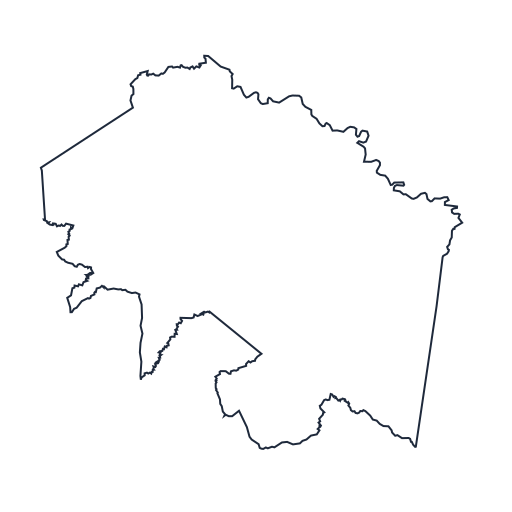 Mambwe, Eastern, Zambia, rotated 85°
{"feature_id": "96606910B40356469041881", "entity_name": "Mambwe", "entity_type": "district", "adm_level": 2, "iso_a3": "ZMB", "parent_name": "Zambia", "parent_adm1": "Eastern", "projection": "orthographic", "projection_center": [32.063, -13.357], "detail": "fine", "context": "isolated", "style": "outline", "palette": "slate", "viewbox_px": 512, "rotation_deg": 85, "n_neighbors": 0, "source": "geoboundaries", "source_scale": "gbopen_adm2", "svg_char_len": 6055}
<svg xmlns="http://www.w3.org/2000/svg" viewBox="0 0 512 512"><g transform="rotate(85 256 256)"><path d="M459.9,113.4L321.8,80.5L273.5,70.2L272.2,69.5L270.4,65.5L268.1,63.7L266.7,63.3L266.0,64.2L263.6,64.8L261.3,62.3L257.3,61.3L254.6,59.4L248.0,58.6L246.1,57.1L246.3,55.9L244.6,55.5L240.8,47.7L235.7,51.0L232.4,49.4L231.5,50.8L231.3,54.9L229.7,56.9L227.0,57.0L225.9,55.0L225.6,51.6L224.2,51.4L221.6,63.4L218.7,63.1L217.1,59.2L214.1,60.3L213.9,63.5L214.9,67.6L214.2,73.1L216.7,76.0L216.8,77.5L214.1,80.2L209.2,80.8L207.8,82.2L208.4,86.2L211.7,90.6L212.8,94.0L212.3,95.8L207.5,101.4L207.5,103.7L204.1,107.1L202.6,113.0L200.2,112.7L198.3,111.5L197.6,109.5L198.8,103.0L198.0,102.2L195.5,102.8L194.9,111.9L196.8,114.0L197.0,115.6L190.5,117.9L187.2,120.3L186.0,125.1L183.5,128.3L181.7,128.3L176.3,124.6L173.8,124.4L172.1,125.5L170.8,128.0L172.2,133.0L171.5,140.2L164.5,137.9L158.3,138.0L156.5,139.3L152.1,145.2L150.6,143.4L152.4,139.2L151.6,136.4L146.0,133.4L141.7,134.4L140.4,139.0L141.4,140.5L145.5,142.8L146.0,144.5L143.9,145.9L138.2,144.9L136.4,147.1L135.5,150.8L136.5,153.6L139.9,158.1L138.0,164.1L137.8,168.8L132.1,171.1L129.7,174.0L130.2,175.1L132.5,176.4L132.5,178.5L129.4,181.3L124.6,183.7L121.4,187.7L119.8,188.5L115.3,188.2L111.7,193.8L108.6,196.2L102.0,197.1L100.1,199.1L99.3,205.7L99.8,209.1L105.2,219.6L103.4,225.5L100.3,227.8L99.5,229.4L101.0,230.6L104.8,231.0L105.2,236.0L104.2,237.9L100.0,240.3L95.1,239.5L93.6,240.3L92.9,241.8L93.3,243.8L96.8,249.5L97.3,251.8L94.3,254.0L86.2,256.7L85.3,259.9L87.3,263.6L86.8,265.2L78.4,264.3L74.6,264.7L72.7,263.4L69.8,266.0L68.1,266.2L64.2,274.7L52.6,286.2L52.0,290.1L53.8,290.2L55.1,289.1L59.1,289.1L59.5,295.7L60.6,295.9L61.3,294.5L63.3,296.0L61.9,298.9L64.0,301.4L61.6,302.7L62.5,305.0L63.9,305.8L62.3,307.9L62.3,309.9L61.2,312.2L59.4,313.5L59.5,314.4L61.7,315.3L60.7,317.7L61.1,322.2L59.9,323.1L60.0,326.8L65.2,331.0L66.4,332.9L65.9,334.4L67.8,337.2L67.3,340.5L65.4,342.5L66.1,344.5L65.7,346.7L66.9,347.6L66.8,348.5L65.8,349.0L62.3,347.8L63.7,355.4L65.3,355.3L65.7,357.7L68.4,358.7L69.3,360.8L74.0,366.0L75.9,365.5L76.5,364.0L78.9,363.6L84.0,364.0L85.4,366.0L90.1,367.5L97.5,365.7L149.3,462.6L152.2,461.9L201.4,463.0L201.1,464.3L201.6,464.2L203.1,461.3L204.5,461.1L204.4,459.3L205.4,460.2L206.7,458.7L207.4,456.2L206.2,455.6L207.0,454.9L206.0,454.4L206.5,452.7L209.1,451.7L208.4,449.7L209.0,448.6L207.7,447.0L209.1,445.9L209.3,444.3L207.2,442.4L209.7,435.3L212.3,436.5L211.4,437.8L213.0,437.9L213.4,439.4L214.7,439.4L215.5,440.8L217.6,440.1L218.0,441.0L219.5,439.9L220.5,441.0L223.4,441.0L223.6,442.4L227.6,442.5L227.9,443.9L229.7,444.0L231.1,445.9L234.6,454.1L238.4,452.9L242.5,449.5L243.0,447.5L244.8,446.5L246.3,443.9L247.8,439.4L250.4,437.5L251.1,435.5L249.2,434.2L248.6,432.4L249.4,430.2L252.1,427.3L252.0,424.7L253.4,424.4L252.4,422.7L253.0,421.3L254.7,421.5L258.8,419.6L259.8,421.6L258.5,422.0L258.4,422.7L259.4,424.4L260.2,423.8L260.1,426.7L261.4,425.3L261.6,426.3L262.7,425.8L262.7,424.9L263.7,424.9L263.7,427.3L265.2,427.7L266.1,426.4L267.0,430.1L270.1,431.6L268.8,434.9L270.7,435.9L269.6,439.3L271.7,439.7L272.1,441.7L279.1,443.7L281.2,447.7L290.7,445.6L295.8,445.7L295.9,444.3L292.8,441.9L291.9,439.2L285.8,433.5L283.3,427.1L283.9,426.1L283.4,424.6L281.4,423.9L280.2,420.3L278.6,420.3L277.7,419.5L278.0,418.7L274.4,417.5L273.9,414.2L272.3,412.1L273.6,410.9L272.9,411.0L273.0,410.1L276.6,406.8L276.0,400.7L277.3,396.1L277.3,393.4L278.4,392.2L278.3,389.0L280.3,387.2L282.1,382.9L281.9,379.2L284.1,375.4L286.3,376.1L294.3,374.2L307.8,374.9L315.4,377.1L323.4,375.9L332.4,378.6L341.9,380.1L351.3,379.4L365.4,381.6L369.2,381.5L367.0,380.6L365.2,377.3L363.2,377.2L362.7,374.8L363.7,373.6L362.9,371.8L364.0,370.6L362.5,370.0L362.5,369.1L360.5,368.8L360.4,367.7L359.7,368.3L358.4,367.5L357.1,367.8L357.8,366.0L356.8,365.3L354.8,365.9L354.5,364.4L353.4,365.1L352.8,364.1L353.9,362.7L352.8,362.0L351.8,362.4L351.0,361.0L348.9,361.7L348.9,360.3L347.2,360.5L346.4,359.3L346.2,360.6L344.2,359.6L343.6,361.3L342.5,360.1L342.4,357.6L340.4,356.8L340.8,355.8L338.2,354.8L339.1,353.1L337.7,352.8L337.4,350.8L335.4,351.0L334.9,351.9L331.6,348.6L329.7,348.7L329.0,347.0L329.4,344.2L326.4,343.8L326.8,341.7L322.7,342.8L322.6,341.1L321.7,341.6L319.6,339.9L318.6,340.9L317.1,340.9L317.3,339.9L315.6,338.4L316.4,336.8L314.2,335.3L312.2,336.7L311.0,336.6L312.3,325.7L311.8,323.5L308.9,322.5L310.7,319.4L309.2,314.6L309.8,313.6L309.1,313.3L308.4,315.4L307.0,312.6L307.8,311.3L307.2,308.7L308.2,307.4L307.5,307.0L353.9,259.1L356.4,263.4L358.9,265.8L360.3,266.1L360.5,269.0L361.6,270.8L360.2,272.5L362.7,275.3L364.6,275.4L366.2,283.3L367.6,283.6L368.5,285.7L368.0,287.9L368.7,291.0L371.1,291.7L370.9,293.2L368.1,296.2L367.6,301.3L368.4,302.4L370.5,302.2L372.7,307.0L374.8,305.8L376.1,307.0L376.7,306.3L377.4,307.0L378.5,306.4L379.5,307.3L384.0,307.6L385.2,306.9L386.0,307.5L388.7,306.0L389.4,306.4L395.7,304.4L400.2,304.5L402.6,303.2L408.1,302.6L410.9,300.6L412.4,301.4L411.5,300.0L413.2,297.1L413.5,293.7L408.7,286.4L425.7,280.0L435.5,278.2L438.5,276.3L443.7,269.8L447.5,269.0L448.4,267.4L448.8,265.6L447.6,262.9L448.6,261.0L447.4,256.7L448.2,254.3L444.0,246.4L443.9,241.2L446.9,235.6L446.5,228.6L444.2,225.8L443.2,221.7L439.7,216.9L439.0,211.0L435.2,208.0L433.7,209.6L432.2,207.8L430.9,207.6L431.5,206.7L430.6,206.1L427.4,208.2L426.3,206.5L423.7,207.3L419.9,203.2L418.3,202.9L417.7,201.6L413.5,205.1L410.8,205.5L409.9,203.8L405.5,200.7L405.0,199.0L405.8,197.4L405.6,195.4L400.0,193.6L400.6,192.2L403.1,191.0L402.5,190.1L403.4,188.8L404.5,189.2L404.5,188.4L407.2,186.6L406.8,185.6L407.6,184.9L406.3,184.4L406.4,183.2L405.6,182.3L406.4,179.9L407.4,179.5L408.0,180.2L410.3,177.3L409.7,176.8L411.2,176.0L413.0,177.0L415.4,175.3L417.8,174.9L419.3,173.3L419.2,171.4L421.0,170.5L421.6,168.6L421.0,166.9L419.5,165.6L419.9,163.5L418.9,162.5L420.0,160.6L425.0,156.1L429.1,153.9L430.5,150.1L434.0,147.4L436.5,143.9L437.2,138.9L441.5,136.1L443.7,135.8L447.2,133.0L446.8,130.7L450.2,126.4L450.6,119.8L451.6,118.4L454.6,117.8L454.7,117.0L457.7,115.9L460.0,114.1L459.9,113.4Z" fill="none" stroke="#1e293b" stroke-width="2"/></g></svg>